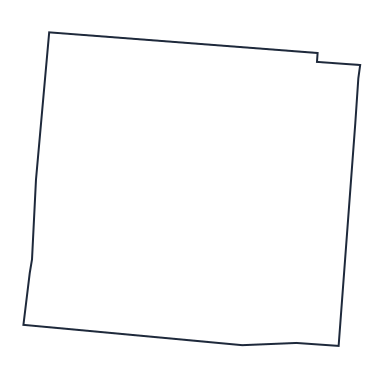 outline of Madison, Missouri, United States of America, rotated 94°
{"feature_id": "52423323B26230724482566", "entity_name": "Madison", "entity_type": "district", "adm_level": 2, "iso_a3": "USA", "parent_name": "United States of America", "parent_adm1": "Missouri", "projection": "equal_earth", "projection_center": [-90.333, 37.478], "detail": "fine", "context": "isolated", "style": "outline", "palette": "slate", "viewbox_px": 384, "rotation_deg": 94, "n_neighbors": 0, "source": "geoboundaries", "source_scale": "gbopen_adm2", "svg_char_len": 320}
<svg xmlns="http://www.w3.org/2000/svg" viewBox="0 0 384 384"><g transform="rotate(94 192 192)"><path d="M335.3,77.3L335.3,35.0L112.7,33.9L66.9,34.0L53.6,33.1L53.5,76.4L44.6,76.4L42.7,345.6L190.6,348.5L270.4,346.9L284.0,348.2L336.3,350.9L341.3,131.2L335.3,77.3Z" fill="none" stroke="#1e293b" stroke-width="2"/></g></svg>